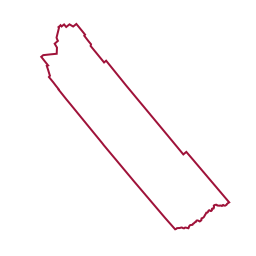 Riverside, California, United States of America, rotated 50°
{"feature_id": "52423323B62695195222235", "entity_name": "Riverside", "entity_type": "district", "adm_level": 2, "iso_a3": "USA", "parent_name": "United States of America", "parent_adm1": "California", "projection": "albers", "projection_center": [-115.203, 33.753], "detail": "fine", "context": "isolated", "style": "outline", "palette": "rose", "viewbox_px": 256, "rotation_deg": 50, "n_neighbors": 0, "source": "geoboundaries", "source_scale": "gbopen_adm2", "svg_char_len": 2553}
<svg xmlns="http://www.w3.org/2000/svg" viewBox="0 0 256 256"><g transform="rotate(50 128 128)"><path d="M250.0,98.3L190.5,98.6L183.8,98.7L183.8,102.6L155.4,102.4L133.5,102.3L109.7,102.2L93.8,102.1L78.2,101.8L62.4,101.5L62.4,104.2L49.2,104.0L47.9,104.0L41.1,103.9L40.1,102.5L36.7,102.5L29.2,102.2L28.9,100.9L17.7,100.7L15.1,100.7L15.1,102.0L15.0,104.8L11.0,106.2L10.9,110.4L7.6,110.4L7.5,113.6L5.9,113.6L6.1,115.2L6.0,115.4L6.0,116.4L6.9,116.5L12.8,124.6L13.7,125.0L15.7,125.6L16.2,125.7L16.3,130.0L20.7,130.7L25.3,134.9L21.8,140.0L17.7,146.1L17.7,148.7L28.7,149.0L28.2,150.3L31.8,151.7L36.5,153.7L37.2,154.0L37.8,154.2L38.1,155.8L45.4,155.9L49.4,156.1L53.8,156.2L53.8,156.5L66.8,156.8L67.1,156.8L69.6,156.8L123.4,157.5L125.5,157.6L172.3,157.7L220.5,157.4L235.9,157.0L236.3,155.8L236.2,155.1L236.2,154.9L237.0,153.7L237.4,153.3L237.8,152.7L238.0,152.4L238.2,151.8L238.6,151.0L238.9,150.8L239.4,150.4L239.9,150.3L240.3,150.1L240.9,149.5L240.9,149.3L240.9,148.8L241.0,148.2L242.3,147.1L243.6,146.2L243.5,145.7L242.8,144.7L242.4,143.6L242.4,142.7L243.3,141.3L243.4,141.1L243.6,140.8L243.6,140.6L243.5,140.4L243.3,140.2L243.2,139.8L243.2,139.4L243.3,139.1L243.4,138.9L243.4,138.5L243.3,138.1L243.2,137.9L243.2,137.6L243.2,137.3L243.3,137.1L243.4,136.8L243.5,136.7L243.5,136.3L243.5,136.2L243.4,136.0L243.3,135.9L243.2,135.7L243.1,135.4L243.0,135.1L243.1,134.7L243.3,134.4L243.6,134.1L244.0,133.8L244.5,133.6L245.0,133.4L245.7,133.1L245.7,132.9L245.8,132.1L245.8,131.5L245.7,131.0L245.3,130.8L245.2,130.6L245.1,130.2L244.9,130.0L244.6,129.9L244.5,129.7L244.8,129.0L244.9,128.6L245.0,128.2L245.0,127.7L245.0,127.3L244.8,126.6L244.1,124.8L243.8,123.8L243.2,122.4L243.3,122.2L243.6,122.0L243.8,121.7L243.8,121.4L243.8,121.2L243.6,120.5L243.4,120.2L243.1,119.4L243.1,119.0L243.2,118.7L243.3,118.5L243.5,118.4L244.0,118.4L244.9,117.9L245.0,117.7L245.0,116.9L245.0,116.7L244.4,116.2L244.1,115.9L244.0,115.7L243.9,115.6L243.9,115.4L243.9,115.1L244.1,115.0L244.3,114.8L244.5,114.7L244.7,114.3L244.6,114.1L244.4,113.6L243.9,113.0L243.4,112.6L243.1,112.5L242.7,112.3L242.6,112.1L242.6,111.5L243.1,110.3L243.6,109.6L244.1,109.4L244.4,109.5L244.5,109.4L245.3,109.0L245.6,108.6L246.4,107.8L246.5,107.6L246.6,107.3L246.6,107.2L247.0,106.9L247.4,106.6L247.6,106.2L247.8,106.1L248.1,106.1L248.2,105.8L248.2,105.6L248.0,105.1L248.0,104.9L248.1,104.6L248.3,104.5L248.6,104.5L249.0,104.4L249.4,104.0L249.7,103.8L249.9,103.5L250.0,103.0L250.1,102.1L250.1,101.6L249.8,101.0L249.8,100.6L249.8,100.3L249.9,99.0L250.0,98.3Z" fill="none" stroke="#9f1239" stroke-width="2"/></g></svg>